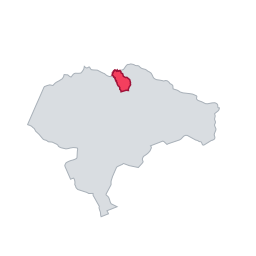 Ibba, Western Equatoria, South Sudan (highlighted), rotated 159°
{"feature_id": "79223893B81466867971410", "entity_name": "Ibba", "entity_type": "district", "adm_level": 2, "iso_a3": "SSD", "parent_name": "South Sudan", "parent_adm1": "Western Equatoria", "projection": "orthographic", "projection_center": [29.215, 5.058], "detail": "fine", "context": "in_parent", "style": "filled", "palette": "rose", "viewbox_px": 256, "rotation_deg": 159, "n_neighbors": 0, "source": "geoboundaries", "source_scale": "gbopen_adm2", "svg_char_len": 4875}
<svg xmlns="http://www.w3.org/2000/svg" viewBox="0 0 256 256"><g transform="rotate(159 128 128)"><path d="M199.2,188.7L192.4,195.6L191.9,196.1L191.1,196.6L188.3,196.6L185.5,196.3L182.9,194.6L180.2,195.9L178.5,196.4L177.5,196.5L175.1,196.8L171.8,197.5L170.3,198.5L169.5,199.2L168.8,200.5L168.5,200.7L167.8,200.5L167.0,200.0L165.2,199.2L164.3,197.5L163.5,196.5L162.8,196.0L160.0,197.7L158.6,198.1L157.5,198.0L155.4,197.1L153.1,196.3L152.0,196.3L150.2,197.3L148.2,198.8L147.2,200.3L146.7,201.2L146.0,199.9L145.4,199.0L144.4,198.7L142.5,199.0L142.0,198.5L141.9,197.4L141.7,196.3L141.2,195.5L139.7,194.7L135.9,193.0L133.0,189.7L131.6,188.2L130.5,187.2L129.0,184.6L127.2,182.9L125.2,182.0L123.8,182.4L122.4,184.4L119.7,186.1L118.4,186.2L116.9,185.2L114.9,184.5L111.3,184.2L109.9,185.1L107.9,186.5L106.3,187.3L105.3,187.4L104.4,187.0L103.3,186.9L102.4,186.8L100.5,185.6L99.5,184.7L98.8,183.8L97.8,183.2L96.5,182.7L95.6,181.9L95.2,180.9L94.5,179.6L93.6,178.5L90.7,176.4L89.8,175.2L89.2,174.1L88.0,172.8L86.8,171.0L86.4,168.5L86.3,166.4L86.1,165.5L85.5,164.5L84.9,163.7L83.9,162.8L81.5,161.5L79.1,160.0L77.9,159.1L75.7,158.8L74.4,157.9L73.3,156.0L72.9,154.4L71.8,153.2L71.3,152.4L71.0,151.4L71.9,148.4L70.6,147.3L68.7,145.9L67.4,144.4L66.5,143.0L64.1,141.1L58.7,138.3L55.7,136.6L54.0,135.0L52.5,133.4L52.4,132.8L53.4,131.2L53.5,130.0L52.7,128.6L49.6,125.9L47.0,123.0L45.1,122.1L40.5,121.3L39.2,120.9L37.8,120.4L36.4,119.0L36.0,117.5L36.7,115.0L36.2,114.3L35.5,114.1L35.7,113.6L36.6,112.4L38.0,111.6L41.9,110.4L42.1,109.9L42.2,108.4L42.5,107.6L43.9,105.5L44.1,104.7L44.1,102.9L44.3,102.0L44.7,101.4L45.8,100.3L46.2,99.7L46.3,98.3L46.2,95.6L46.8,94.5L49.2,92.0L49.9,90.9L50.1,89.9L50.1,88.9L50.3,87.9L51.0,86.9L51.6,86.6L53.4,86.3L54.6,86.5L63.1,84.9L64.1,85.1L64.5,86.1L64.5,87.7L64.6,88.5L65.0,89.1L66.4,89.8L67.3,91.1L67.8,91.6L69.1,92.5L75.4,99.9L77.2,100.6L78.9,100.4L82.3,98.8L84.1,98.4L96.1,98.9L97.4,98.7L97.5,98.7L99.3,102.4L100.2,103.3L113.4,103.3L113.1,102.3L113.3,101.1L115.6,98.8L115.9,98.6L118.0,97.5L120.0,96.8L123.8,95.9L125.2,94.6L125.9,93.4L126.0,91.0L126.5,90.6L127.4,90.0L131.8,87.8L132.5,87.4L140.3,92.4L144.7,96.3L145.0,96.5L145.5,96.4L146.2,96.1L148.1,96.0L151.6,95.8L152.8,95.4L159.8,88.3L161.6,86.0L162.1,85.5L163.1,83.9L164.1,81.2L164.4,80.9L172.1,74.2L172.3,73.7L172.4,73.3L171.2,71.1L170.9,69.9L170.9,68.2L171.1,65.5L171.0,63.8L170.9,63.3L170.8,63.2L166.4,58.4L177.3,58.3L177.3,57.7L177.1,56.9L177.0,56.2L177.0,55.7L177.0,55.3L177.0,55.1L177.0,54.9L184.9,54.8L184.8,56.2L183.9,59.4L183.9,61.3L183.7,63.6L183.5,64.2L183.1,64.7L182.9,65.0L182.9,65.3L184.7,77.6L184.6,78.1L184.2,78.9L184.1,79.2L184.1,79.4L184.2,79.5L187.9,80.8L188.1,80.9L188.2,81.0L189.5,82.6L196.7,88.4L197.0,88.7L197.8,90.6L197.8,90.8L197.9,91.3L197.9,91.6L197.7,92.7L197.8,93.2L197.9,93.6L198.0,94.0L197.9,94.3L196.9,96.5L196.6,98.0L196.5,99.3L196.6,100.0L196.7,100.5L196.8,100.7L196.9,100.8L200.0,100.8L200.0,101.4L200.5,112.6L200.6,113.9L200.5,115.5L200.1,116.1L199.2,117.0L198.1,117.8L195.4,118.1L193.0,118.1L191.4,117.9L189.1,117.8L187.0,118.0L186.2,118.7L183.5,124.7L182.6,126.2L182.4,127.1L182.7,127.6L183.8,128.3L186.2,129.4L189.0,130.0L191.0,130.2L192.4,130.5L193.5,130.8L197.5,133.5L198.8,134.8L199.5,135.9L199.6,137.1L200.2,138.2L203.8,142.0L207.3,143.7L208.6,145.7L209.9,146.6L211.1,147.7L211.7,149.2L213.2,153.7L214.3,156.0L215.3,158.0L215.7,161.1L216.6,162.5L217.4,164.2L218.8,165.7L220.3,166.9L220.5,167.2L205.9,182.0L199.2,188.7Z" fill="#d9dde1" stroke="#a8b0b8" stroke-width="1"/><path d="M114.2,162.9L114.0,163.8L112.3,165.8L110.1,167.4L109.9,168.8L109.4,169.5L109.1,172.5L110.9,175.7L112.2,176.0L113.8,177.9L113.7,178.9L113.6,180.7L114.6,181.6L114.7,182.5L114.4,183.0L114.7,183.4L114.9,184.7L115.0,184.7L115.3,184.5L115.5,184.6L115.8,184.6L115.9,184.4L116.1,184.4L116.3,184.4L116.5,184.4L116.6,184.5L116.6,184.8L116.9,184.9L116.9,185.0L117.0,185.0L117.2,184.9L117.3,184.9L117.3,185.0L117.2,185.3L117.2,185.5L117.3,185.4L117.5,185.4L117.8,185.4L118.0,185.3L118.0,185.5L118.2,185.4L118.2,185.5L118.3,185.8L118.4,186.0L118.5,186.0L118.8,186.1L118.8,186.3L119.0,186.4L119.1,186.5L119.3,186.6L119.3,186.8L119.4,187.0L119.5,187.0L119.7,186.9L119.8,186.9L120.0,186.8L120.2,186.7L120.3,186.5L120.2,186.4L120.2,186.2L120.3,186.2L120.5,186.1L120.8,186.1L121.0,186.3L121.1,186.2L121.3,186.2L121.5,186.1L121.7,185.9L121.7,185.7L121.8,185.6L121.8,185.4L121.8,185.2L122.0,185.0L122.0,184.9L122.3,184.8L122.5,184.7L122.7,184.8L122.7,184.7L122.8,184.6L122.9,184.4L123.0,184.3L123.1,184.2L123.3,184.1L123.4,183.9L123.4,183.7L123.4,183.4L123.4,183.2L123.5,183.1L123.6,182.9L123.8,182.9L123.1,182.0L123.2,180.8L122.8,180.8L122.0,179.6L122.6,178.8L122.3,178.2L122.5,177.1L121.9,176.4L122.5,175.7L121.9,174.5L122.2,174.1L122.3,172.6L122.1,170.9L121.5,170.0L121.2,168.6L121.8,167.2L121.2,165.7L121.5,164.3L116.2,163.9L114.2,162.9Z" fill="#f43f5e" stroke="#9f1239" stroke-width="1.5"/></g></svg>